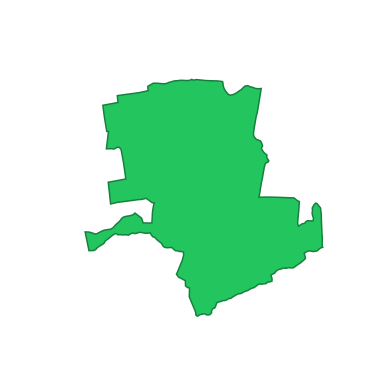 Kiambaa, Central, Kenya, rotated 143°
{"feature_id": "3690345B47179274610537", "entity_name": "Kiambaa", "entity_type": "district", "adm_level": 2, "iso_a3": "KEN", "parent_name": "Kenya", "parent_adm1": "Central", "projection": "orthographic", "projection_center": [36.767, -1.165], "detail": "fine", "context": "isolated", "style": "filled", "palette": "green", "viewbox_px": 384, "rotation_deg": 143, "n_neighbors": 0, "source": "geoboundaries", "source_scale": "gbopen_adm2", "svg_char_len": 3901}
<svg xmlns="http://www.w3.org/2000/svg" viewBox="0 0 384 384"><g transform="rotate(143 192 192)"><path d="M120.9,69.1L120.2,71.0L118.1,73.7L115.5,76.9L113.8,79.7L110.3,84.8L106.0,91.1L102.4,96.1L98.9,102.0L99.1,105.0L99.1,107.4L100.0,108.8L102.4,108.3L105.5,106.9L106.8,104.9L108.9,102.7L109.7,101.1L110.8,97.9L112.7,96.1L114.1,97.1L115.6,98.4L116.9,99.5L118.9,99.8L120.9,99.2L123.1,100.3L125.5,100.5L127.4,100.7L126.9,102.8L124.8,105.4L117.3,113.6L112.0,119.8L113.0,121.5L113.7,124.1L114.0,125.8L125.5,135.2L133.4,141.5L138.0,144.9L141.6,147.5L140.4,148.6L130.4,158.2L127.7,160.4L126.3,161.8L124.8,163.2L122.2,165.6L119.4,168.2L118.2,169.2L116.6,170.3L115.0,170.7L113.4,170.1L111.9,170.7L111.5,174.7L109.9,176.4L110.6,179.2L110.8,180.8L110.6,184.5L109.4,185.6L107.9,186.3L107.2,188.3L106.8,189.9L106.6,191.6L107.6,193.3L108.5,194.7L109.1,196.2L109.1,198.5L108.7,200.2L107.8,201.6L106.3,203.2L102.6,206.8L95.6,213.4L93.8,214.8L92.0,216.2L74.4,233.0L76.3,234.1L77.8,235.4L79.0,236.5L79.8,237.9L80.8,239.3L82.1,240.9L83.5,243.4L85.9,244.7L88.4,244.5L91.1,244.1L92.6,244.3L94.2,244.3L95.9,244.4L98.2,244.5L100.6,245.1L103.0,246.2L104.1,247.6L104.4,249.9L104.4,253.0L104.0,255.7L103.1,258.1L102.0,259.9L101.1,261.8L104.7,265.3L111.2,270.5L114.0,272.8L120.8,279.1L123.6,280.5L124.4,282.1L126.2,282.4L129.0,284.0L130.9,285.7L133.2,287.6L135.2,288.9L137.0,289.9L139.3,291.4L140.9,292.0L142.9,292.7L144.6,293.5L146.4,293.8L148.2,294.6L149.7,295.7L151.9,297.6L154.2,299.7L155.8,300.9L157.4,302.2L163.7,303.0L164.7,301.5L166.1,299.3L174.5,303.2L177.4,304.8L186.2,309.8L193.7,313.9L197.2,308.0L211.0,314.9L216.8,304.7L223.6,291.7L222.3,290.6L234.4,278.0L232.7,276.7L231.2,275.8L230.0,274.8L228.6,273.3L226.8,272.9L225.1,272.9L223.2,271.4L223.0,268.9L223.7,267.3L228.9,256.9L237.0,242.2L253.0,250.2L264.2,231.4L258.2,228.8L245.5,221.6L239.6,218.3L238.3,217.4L236.7,216.4L232.4,214.5L230.2,207.3L228.7,206.0L230.9,204.3L233.7,201.7L236.0,199.4L237.1,198.0L240.8,193.6L242.7,191.5L244.9,193.0L249.6,196.7L248.0,201.4L250.2,209.5L252.9,209.3L256.3,210.6L258.2,211.7L260.3,212.7L262.5,213.3L264.2,213.2L266.2,212.5L268.6,212.1L272.6,211.8L276.5,211.0L279.5,211.3L281.3,212.4L282.8,213.1L285.1,214.4L287.9,215.1L291.0,215.6L293.3,216.0L294.7,216.8L295.9,218.7L297.0,220.3L298.3,221.9L300.0,223.4L301.4,224.4L309.6,207.1L307.4,205.6L305.3,204.2L303.3,204.0L301.5,204.5L299.1,204.5L296.2,204.2L293.5,203.9L290.5,205.1L287.7,205.0L285.9,205.0L283.6,205.2L280.9,205.2L278.8,205.1L277.5,204.2L276.9,202.3L275.0,201.2L273.6,199.7L272.0,198.7L270.1,197.2L268.6,195.7L266.8,195.7L264.1,195.0L262.8,193.3L261.3,192.4L259.0,191.8L256.8,190.2L255.3,188.5L253.8,186.9L251.9,185.6L249.9,184.3L250.3,182.7L250.3,179.9L249.1,178.4L248.7,174.8L248.0,172.1L247.3,169.6L247.7,165.7L246.8,163.9L245.5,162.5L243.5,161.2L241.5,159.8L241.1,157.1L240.4,154.9L238.8,153.6L237.8,151.9L236.5,151.1L235.0,149.1L236.7,146.6L240.9,143.3L246.3,140.1L251.0,137.3L253.9,135.7L254.0,132.3L250.7,125.2L253.7,120.9L253.1,118.4L251.7,117.0L254.6,113.2L257.2,110.1L259.7,100.5L260.5,97.1L261.4,94.0L262.9,91.5L262.5,89.6L259.3,89.1L256.9,88.1L255.1,87.0L254.2,85.0L252.9,83.9L251.3,83.3L249.1,83.7L247.6,85.6L245.5,86.3L243.6,85.7L242.0,86.5L240.4,87.6L239.0,88.5L237.4,88.3L235.3,87.4L232.9,86.7L230.8,85.4L228.7,84.9L226.5,84.8L225.3,83.7L223.7,83.7L221.0,83.5L218.2,83.2L215.8,82.5L213.6,81.3L210.9,81.1L208.8,80.5L206.7,79.7L204.8,79.6L202.6,79.3L200.3,78.4L198.1,78.2L195.8,78.3L193.4,78.0L192.1,76.6L190.2,75.6L187.7,74.2L185.9,74.6L184.4,73.6L181.9,72.6L180.3,74.5L179.6,76.3L179.0,78.1L176.7,77.9L175.1,77.4L172.8,78.1L169.8,78.1L167.2,76.9L164.7,76.2L162.7,74.4L160.3,73.4L158.6,71.8L156.7,70.4L153.7,70.4L151.3,70.3L149.6,70.2L147.9,70.1L144.6,70.3L141.5,70.6L140.6,72.1L139.3,75.5L136.8,75.4L134.5,74.8L132.8,73.5L131.1,71.5L128.9,70.3L127.2,69.6L125.1,69.9L122.7,69.9L120.9,69.1Z" fill="#22c55e" stroke="#15803d" stroke-width="1.5"/></g></svg>